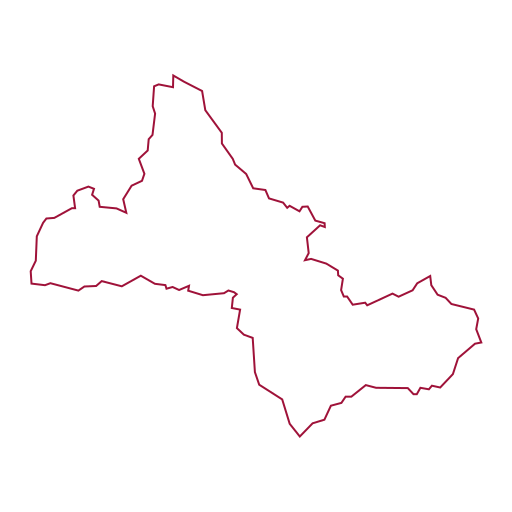 Drugovo, Drugovo, North Macedonia (Mercator projection)
{"feature_id": "65306769B99207835594431", "entity_name": "Drugovo", "entity_type": "district", "adm_level": 2, "iso_a3": "MKD", "parent_name": "North Macedonia", "parent_adm1": "Drugovo", "projection": "mercator", "projection_center": [20.907, 41.458], "detail": "fine", "context": "isolated", "style": "outline", "palette": "rose", "viewbox_px": 512, "rotation_deg": 0, "n_neighbors": 0, "source": "geoboundaries", "source_scale": "gbopen_adm2", "svg_char_len": 1660}
<svg xmlns="http://www.w3.org/2000/svg" viewBox="0 0 512 512"><path d="M324.8,227.0L324.6,223.2L315.3,220.6L307.7,206.5L302.4,206.8L299.5,211.3L289.6,205.8L287.2,207.8L283.1,202.6L269.0,198.4L265.4,190.0L253.2,188.3L246.2,174.0L235.1,164.6L232.8,158.9L221.9,143.5L221.8,132.8L205.3,110.2L202.1,91.0L184.0,81.7L173.3,75.5L173.0,87.2L158.7,84.4L154.1,86.3L152.7,106.2L155.1,113.6L152.5,134.9L148.7,139.2L147.7,150.5L138.8,158.8L144.4,173.8L142.0,180.8L131.6,185.7L123.2,199.2L126.3,212.8L116.5,208.4L99.7,206.8L98.6,200.6L92.1,194.8L94.0,188.8L88.4,186.6L77.3,190.7L73.4,195.5L75.1,208.2L71.9,208.2L54.3,217.9L46.4,218.5L43.1,222.8L36.8,236.3L35.8,260.7L30.7,271.2L31.5,283.6L45.0,285.2L50.4,283.2L78.4,290.6L84.4,286.5L96.1,286.0L101.7,281.1L121.8,286.3L140.8,275.7L154.9,283.8L165.4,285.1L166.5,288.7L172.6,287.0L179.1,290.0L189.0,285.8L188.2,290.7L202.9,295.2L224.0,293.2L228.4,290.5L234.0,292.2L236.7,294.2L232.9,297.7L231.8,308.0L240.1,309.6L236.9,328.1L243.9,334.7L252.7,337.9L254.9,372.1L259.2,384.7L282.2,399.4L289.7,423.8L299.8,436.5L312.6,423.3L324.4,419.7L330.9,405.7L341.4,402.9L345.6,396.7L351.3,396.7L365.8,385.1L376.1,387.8L407.8,388.1L413.5,394.2L416.8,394.2L420.4,387.8L428.9,389.3L431.9,385.7L440.2,387.5L452.9,374.1L458.1,358.1L475.0,343.7L481.3,342.5L476.2,329.2L478.2,318.5L474.1,309.6L451.4,304.0L445.6,297.8L437.6,294.7L431.3,285.2L430.2,276.0L417.2,283.3L412.6,290.3L398.6,296.7L392.5,293.6L367.2,305.3L365.2,302.7L352.7,304.7L347.1,296.5L343.8,296.5L341.1,290.1L342.9,278.7L338.2,275.3L337.9,270.6L326.3,263.6L311.1,258.9L305.0,260.2L308.7,253.1L306.9,237.3L320.1,225.3L324.8,227.0Z" fill="none" stroke="#9f1239" stroke-width="2"/></svg>